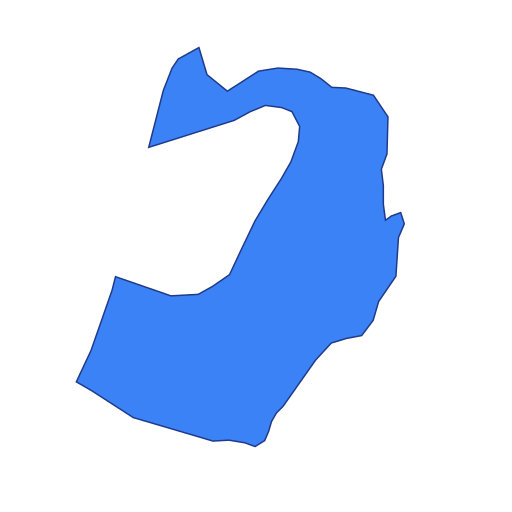 map outline of Bujumbura Rural (Natural Earth projection), rotated 18°
{"feature_id": "BDI-4854", "entity_name": "Bujumbura Rural", "entity_type": "Province", "adm_level": 1, "iso_a3": "BDI", "parent_name": "Burundi", "parent_adm1": "", "projection": "natural_earth1", "projection_center": [29.411, -3.493], "detail": "fine", "context": "isolated", "style": "filled", "palette": "blue", "viewbox_px": 512, "rotation_deg": 18, "n_neighbors": 0, "source": "natural_earth", "source_scale": "10m", "svg_char_len": 938}
<svg xmlns="http://www.w3.org/2000/svg" viewBox="0 0 512 512"><g transform="rotate(18 256 256)"><path d="M120.4,185.8L116.7,127.2L118.1,103.4L121.2,92.6L137.3,75.4L153.4,98.7L177.8,108.1L201.3,79.4L218.7,70.5L237.3,65.7L250.7,64.4L263.3,67.4L275.9,72.2L289.5,68.5L318.0,66.8L338.5,82.9L349.0,118.4L348.4,134.7L355.4,149.8L361.1,167.4L368.1,182.0L372.5,176.0L380.2,170.0L387.1,179.6L385.8,194.4L395.3,232.0L386.7,261.4L387.3,281.0L381.1,299.0L367.4,306.5L354.5,315.5L344.8,336.7L328.2,390.5L323.9,399.1L321.9,408.6L322.2,418.8L321.3,428.9L314.0,437.5L303.0,437.1L287.2,439.5L272.2,445.3L189.2,447.6L141.4,434.9L124.0,431.2L128.3,396.9L129.7,333.3L128.8,319.1L187.4,320.2L212.8,310.4L223.8,298.6L236.6,281.9L239.9,255.4L244.2,223.0L250.1,197.5L256.1,174.9L260.1,155.7L260.9,134.1L257.5,119.3L245.6,107.6L234.5,106.9L218.4,109.9L205.7,120.7L193.5,133.6L158.9,158.3L120.4,185.8Z" fill="#3b82f6" stroke="#1e3a8a" stroke-width="1.5"/></g></svg>